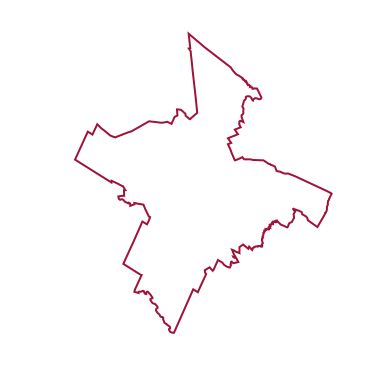 the district of Ugāles pag., Ventspils, Latvia, rotated 40°
{"feature_id": "27541924B38189236696308", "entity_name": "Ugāles pag.", "entity_type": "district", "adm_level": 2, "iso_a3": "LVA", "parent_name": "Latvia", "parent_adm1": "Ventspils", "projection": "natural_earth1", "projection_center": [21.987, 57.232], "detail": "fine", "context": "isolated", "style": "outline", "palette": "rose", "viewbox_px": 384, "rotation_deg": 40, "n_neighbors": 0, "source": "geoboundaries", "source_scale": "gbopen_adm2", "svg_char_len": 5782}
<svg xmlns="http://www.w3.org/2000/svg" viewBox="0 0 384 384"><g transform="rotate(40 192 192)"><path d="M81.6,242.4L124.2,236.5L123.2,235.1L129.5,233.4L135.2,232.2L135.6,231.9L136.6,232.4L139.8,233.4L138.8,234.4L141.0,236.8L141.3,237.3L142.5,238.5L140.3,240.5L138.4,242.8L140.5,244.3L141.6,244.3L142.2,243.9L142.5,243.0L143.2,242.4L144.5,242.2L146.9,242.6L150.6,241.6L150.5,240.8L152.1,240.6L153.6,242.3L155.8,238.4L154.9,237.5L163.0,232.9L167.7,235.4L174.4,238.3L174.5,238.5L176.1,238.2L176.6,239.7L177.3,241.6L178.3,245.7L173.0,246.5L179.1,267.6L185.6,291.2L206.1,288.4L206.5,288.3L206.8,288.1L211.1,303.7L212.0,305.5L215.8,303.8L215.5,303.6L215.3,302.9L215.6,302.2L217.0,301.2L217.3,300.7L217.6,299.7L218.0,299.2L218.5,298.9L218.8,298.9L220.4,299.9L221.3,300.1L222.5,299.8L222.6,299.4L221.8,298.9L221.6,298.5L221.5,297.8L221.8,297.1L222.1,296.8L223.0,296.8L223.9,297.1L225.6,297.2L228.6,298.0L229.8,298.5L230.0,298.8L229.8,299.2L229.4,299.8L228.9,300.7L229.1,301.0L229.7,301.5L230.5,301.8L233.0,302.5L233.8,302.3L235.6,301.6L236.1,301.5L239.3,302.1L240.1,302.7L239.8,304.6L240.6,305.9L241.0,306.1L243.3,306.7L245.9,306.8L247.9,307.7L248.8,307.5L249.3,306.9L249.7,306.7L250.9,306.9L251.3,307.3L251.4,307.7L251.9,308.2L253.7,309.1L254.9,309.9L256.1,309.9L256.8,309.6L257.4,309.5L258.4,309.7L261.4,309.4L261.9,309.6L262.8,310.3L262.9,310.6L262.5,311.6L262.5,311.9L262.8,312.2L264.4,312.9L265.1,313.1L266.4,312.9L268.7,311.5L268.2,309.8L255.5,265.8L260.9,265.0L258.8,257.7L255.7,246.1L255.4,245.7L253.9,245.4L252.1,243.8L252.3,243.4L252.2,243.3L253.9,238.4L258.4,239.0L258.2,238.4L258.6,237.8L255.6,227.4L260.7,226.6L263.5,227.2L266.9,226.7L269.4,225.7L269.6,225.5L268.8,222.9L268.1,222.7L267.4,221.3L266.8,220.5L267.2,219.8L269.5,220.0L272.5,215.9L269.0,214.4L268.1,214.2L267.4,214.8L265.6,215.3L265.4,215.2L267.3,214.7L267.9,214.2L266.6,213.6L264.2,212.9L263.5,212.4L261.9,211.7L261.3,211.2L259.9,210.5L261.9,209.8L263.4,209.7L267.6,208.3L267.1,207.9L265.9,206.1L263.8,203.8L264.9,199.4L271.6,199.3L270.9,197.1L275.4,197.8L275.2,196.9L274.7,196.4L274.6,196.2L274.8,195.2L275.1,194.7L275.0,194.0L275.7,193.3L275.9,192.6L276.4,192.2L277.5,191.6L277.3,191.0L278.1,190.2L278.9,189.7L279.9,189.5L280.6,189.1L280.7,188.9L280.1,188.5L280.3,188.4L280.3,187.9L280.0,187.6L279.2,187.1L279.1,186.9L279.2,185.9L279.0,185.5L278.1,185.1L277.5,184.6L276.6,184.0L276.5,183.8L276.2,183.5L276.1,183.0L275.7,182.9L275.7,182.7L275.9,182.3L275.3,181.7L275.5,181.1L274.7,180.8L274.4,179.7L274.4,179.2L273.8,178.6L273.8,178.1L273.0,177.4L273.3,176.9L272.8,176.2L273.2,175.7L273.0,174.9L272.3,174.8L272.9,174.0L272.2,173.2L272.9,173.0L272.6,172.6L272.7,172.4L273.3,172.2L274.8,171.5L275.0,171.1L274.5,170.5L273.9,170.4L273.4,170.0L273.4,169.8L274.6,169.3L273.3,168.7L272.7,168.9L272.9,168.7L274.0,167.9L272.6,167.3L272.6,167.1L272.8,166.4L273.2,166.1L273.8,166.0L274.0,165.7L273.9,165.4L273.2,164.5L273.9,164.0L274.3,164.0L273.8,163.4L273.0,163.2L273.0,162.6L273.2,162.4L274.1,162.4L274.7,161.8L274.8,161.5L274.2,161.3L274.5,160.8L274.7,160.7L275.7,161.2L276.1,160.6L276.0,160.4L275.0,160.1L274.8,160.0L274.8,159.8L275.7,159.6L275.7,159.3L277.3,159.6L280.8,159.9L285.1,158.6L287.6,158.0L287.8,156.6L286.9,154.9L286.6,153.1L287.8,150.9L287.3,149.1L286.9,146.3L284.1,143.7L283.4,140.0L282.5,140.6L279.6,139.8L281.1,139.5L286.2,137.6L287.9,137.1L289.1,137.0L290.8,138.2L295.2,137.4L297.3,137.9L298.9,139.2L310.6,138.2L307.9,122.7L307.4,122.5L307.4,122.1L307.7,121.5L307.3,120.2L306.6,118.7L304.9,116.6L304.2,114.3L303.2,113.4L302.9,112.7L301.9,111.2L302.0,110.3L301.8,109.6L301.5,109.4L300.1,103.6L299.5,103.5L294.6,104.6L260.7,113.7L253.8,116.0L251.1,118.4L248.2,119.4L247.0,119.5L245.5,120.4L243.3,121.5L239.1,119.2L236.1,120.0L235.0,120.6L234.0,120.4L232.8,121.1L226.4,121.8L218.1,128.3L216.8,128.9L215.6,129.6L211.0,133.4L209.7,133.3L208.2,132.9L207.0,135.6L204.7,140.1L204.4,140.2L198.4,137.2L193.4,134.4L188.8,132.3L190.5,129.2L185.0,127.7L190.1,118.2L184.7,116.7L187.7,111.1L186.6,110.7L184.3,109.5L183.6,108.2L183.0,107.6L183.0,106.9L183.3,106.4L184.2,106.0L186.4,105.4L181.7,102.6L180.9,101.8L180.6,101.1L180.9,100.6L180.7,98.6L179.4,97.3L177.9,95.0L175.7,94.2L175.4,93.8L174.5,91.4L173.2,88.7L173.2,87.8L173.4,86.8L173.3,86.2L172.9,85.4L172.2,84.7L172.3,84.0L172.5,83.5L173.9,82.2L175.0,81.6L176.8,81.7L177.8,82.3L178.7,82.6L179.6,82.8L179.9,82.7L179.5,82.2L179.4,81.7L179.7,80.9L180.0,79.6L180.3,79.3L181.5,78.6L183.0,78.1L184.4,77.4L184.6,76.7L184.8,76.3L184.5,75.0L175.3,70.9L174.8,71.5L173.4,72.3L173.2,72.7L172.6,73.1L172.6,73.3L172.3,73.4L172.3,73.6L172.0,73.6L171.9,73.8L171.7,73.7L171.6,73.8L171.5,73.7L171.4,73.7L170.9,73.3L170.7,73.5L170.8,73.6L170.2,73.7L169.7,73.6L169.0,73.7L168.8,73.5L168.7,73.8L168.6,73.6L167.7,73.6L167.2,73.4L166.9,73.5L166.7,73.4L166.4,73.7L166.2,73.6L165.7,73.6L165.7,73.8L165.4,73.6L165.0,73.7L164.9,73.6L164.7,73.7L164.4,73.4L164.3,73.2L163.8,73.2L163.7,73.1L163.5,72.8L162.9,73.0L162.8,72.9L162.8,73.0L162.6,73.1L162.4,73.2L162.0,73.0L161.8,73.0L161.8,72.9L161.5,73.0L161.3,72.8L161.1,73.0L160.5,72.7L160.1,72.8L160.0,72.6L159.9,72.5L159.7,72.6L159.1,72.9L159.0,72.6L158.6,72.6L158.3,72.8L158.0,72.4L157.8,72.5L157.5,72.5L157.5,72.4L156.9,72.5L156.7,72.3L156.2,72.5L155.7,72.4L153.7,72.8L152.9,72.7L151.8,73.2L149.8,73.4L145.3,72.7L141.9,71.7L140.3,71.7L138.2,71.8L108.5,73.0L87.7,72.9L98.2,82.9L97.3,84.1L100.5,85.0L103.6,88.2L104.7,89.1L115.6,99.7L135.2,118.3L144.8,127.7L145.1,128.1L144.0,135.0L143.7,137.5L143.3,137.7L138.0,137.6L136.6,136.3L130.9,136.1L129.2,137.0L127.4,138.4L131.7,142.8L130.4,145.6L132.5,153.0L128.0,154.1L124.4,158.4L113.7,165.4L106.6,184.5L104.6,187.6L98.6,198.5L98.3,199.4L95.5,200.5L93.1,201.3L85.5,201.3L81.7,201.5L75.9,201.0L76.0,201.3L78.8,212.0L73.4,212.7L81.6,242.4Z" fill="none" stroke="#9f1239" stroke-width="2"/></g></svg>